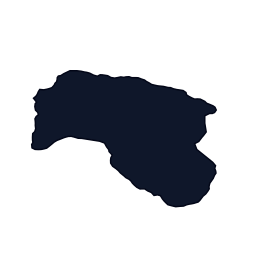 Santa Bárbara, Bahia, Brazil, rotated 293°
{"feature_id": "56859067B70758123522346", "entity_name": "Santa Bárbara", "entity_type": "district", "adm_level": 2, "iso_a3": "BRA", "parent_name": "Brazil", "parent_adm1": "Bahia", "projection": "natural_earth1", "projection_center": [-38.986, -11.933], "detail": "fine", "context": "isolated", "style": "filled", "palette": "ink", "viewbox_px": 256, "rotation_deg": 293, "n_neighbors": 0, "source": "geoboundaries", "source_scale": "gbopen_adm2", "svg_char_len": 2156}
<svg xmlns="http://www.w3.org/2000/svg" viewBox="0 0 256 256"><g transform="rotate(293 128 128)"><path d="M179.0,202.2L181.1,199.9L181.6,197.6L181.6,193.9L181.5,190.7L182.5,188.3L182.8,183.2L181.8,180.4L180.6,178.0L180.6,175.2L180.9,171.5L181.4,168.9L183.3,167.5L184.0,164.1L183.3,161.2L182.4,157.8L181.8,154.4L181.8,151.5L180.9,149.0L180.1,144.4L179.2,141.5L178.4,138.9L177.8,135.7L177.3,132.7L177.8,129.5L178.0,126.8L178.6,124.5L178.3,121.2L178.2,117.8L177.3,115.3L175.8,111.8L175.6,108.9L174.2,106.1L173.0,104.4L172.2,101.4L170.3,98.7L168.7,96.2L167.8,92.5L168.2,88.9L167.5,86.0L166.9,83.8L166.1,81.6L163.7,79.6L163.2,75.7L163.5,71.4L163.1,68.3L162.5,66.0L161.9,62.6L160.7,58.5L159.3,55.2L158.1,52.3L155.4,49.9L152.9,47.7L150.0,45.7L148.6,43.6L146.8,43.2L144.7,43.9L142.6,44.2L140.8,43.4L138.5,43.3L135.4,42.2L133.4,40.0L132.0,38.2L130.2,35.5L129.0,31.7L126.4,31.3L123.4,31.3L121.2,30.8L118.5,29.4L116.1,33.7L114.1,33.1L111.3,33.9L108.3,35.9L107.1,38.9L105.1,40.3L102.7,39.0L100.1,38.8L98.0,40.0L96.2,40.9L94.1,41.7L91.3,43.3L88.2,43.6L85.6,42.5L82.2,43.7L79.5,44.9L77.6,46.1L75.2,45.8L72.2,47.4L72.0,50.8L73.2,54.0L74.4,56.5L75.9,58.7L77.7,61.0L80.2,62.4L83.4,64.1L86.2,65.5L88.9,67.5L91.9,70.6L93.9,72.6L95.3,74.2L97.0,76.4L98.2,79.1L98.7,82.3L99.1,86.1L100.4,89.5L104.8,107.1L105.0,112.3L102.3,115.7L100.6,118.7L98.9,119.8L98.0,121.8L96.9,124.1L93.8,123.9L91.4,124.6L88.9,125.8L86.8,128.8L85.9,133.0L85.0,135.9L83.7,138.5L82.6,142.2L81.5,145.5L81.2,149.2L80.3,151.6L79.0,153.6L77.9,156.2L76.9,159.3L76.6,162.8L78.5,167.0L77.8,170.8L77.8,174.7L76.1,178.3L78.0,181.3L78.4,184.3L76.2,187.4L75.0,189.6L74.0,192.0L73.0,194.7L73.5,198.4L74.2,202.6L76.4,206.7L77.9,209.7L80.2,211.9L81.9,214.2L83.0,216.0L84.3,217.9L85.8,219.7L87.3,221.5L89.4,222.4L91.8,223.0L94.6,223.7L97.7,225.3L100.9,226.1L103.7,226.5L105.5,225.5L107.4,225.1L109.3,224.9L111.5,225.4L114.9,226.1L118.3,226.1L120.8,226.6L122.7,225.5L124.7,223.6L127.5,223.3L129.5,219.4L135.1,199.7L139.6,195.4L143.2,198.4L148.4,199.7L150.5,200.4L154.9,201.5L162.4,196.8L169.2,193.9L171.0,195.4L173.3,197.4L174.3,199.9L176.1,201.6L179.0,202.2Z" fill="#0f172a" stroke="#020617" stroke-width="1.5"/></g></svg>